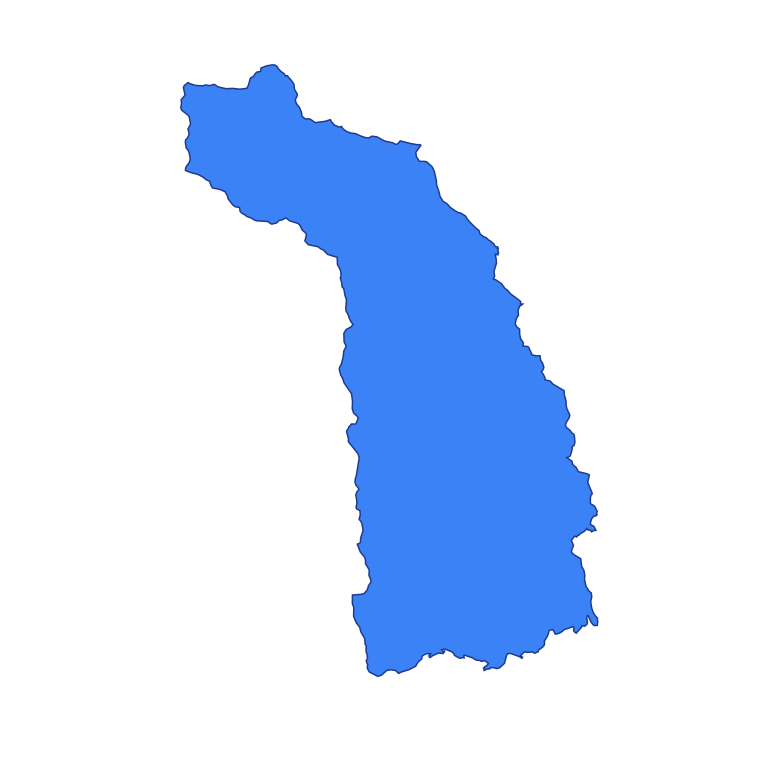 outline of Zemes, Bacau, Romania, rotated 13°
{"feature_id": "2599482B35780038076699", "entity_name": "Zemes", "entity_type": "district", "adm_level": 2, "iso_a3": "ROU", "parent_name": "Romania", "parent_adm1": "Bacau", "projection": "natural_earth1", "projection_center": [26.408, 46.58], "detail": "fine", "context": "isolated", "style": "filled", "palette": "blue", "viewbox_px": 768, "rotation_deg": 13, "n_neighbors": 0, "source": "geoboundaries", "source_scale": "gbopen_adm2", "svg_char_len": 6167}
<svg xmlns="http://www.w3.org/2000/svg" viewBox="0 0 768 768"><g transform="rotate(13 384 384)"><path d="M621.0,463.4L620.2,462.3L620.4,460.1L616.6,455.6L612.0,454.1L610.8,449.0L610.7,445.7L611.5,444.5L611.4,443.5L605.2,434.9L604.6,433.3L604.6,426.5L602.3,425.8L593.1,425.7L589.9,422.0L586.1,420.1L584.4,416.9L578.6,414.6L581.2,412.8L581.7,411.6L582.0,405.5L581.9,404.4L581.3,403.3L583.1,400.8L583.1,397.6L580.9,391.0L579.3,389.8L578.1,389.5L576.2,387.7L571.6,385.3L570.1,383.6L570.2,380.6L572.1,374.9L571.9,372.2L567.7,366.9L566.2,363.5L565.2,359.6L561.9,353.4L561.0,350.0L548.8,346.2L545.2,343.7L539.8,343.7L539.5,341.8L537.3,339.0L534.7,336.8L536.0,333.4L535.9,331.5L533.8,328.0L531.4,325.8L529.6,321.3L526.1,322.4L521.8,322.3L516.5,315.5L514.7,315.2L510.9,315.9L510.6,312.6L506.8,309.0L505.1,305.2L503.8,300.1L500.3,298.4L498.6,296.3L498.2,294.0L498.3,291.2L498.8,288.6L499.6,287.0L498.2,282.4L498.2,280.7L498.8,277.2L500.0,276.5L501.2,274.9L498.9,275.1L498.7,273.2L497.5,272.3L486.9,267.6L483.4,264.9L480.5,263.8L475.7,259.7L469.6,257.4L467.0,257.1L467.5,253.8L465.8,249.7L466.4,241.0L465.2,237.0L463.2,232.7L465.9,232.5L465.4,231.1L466.1,230.8L465.0,227.9L464.0,226.7L464.8,226.1L464.0,224.9L461.1,225.0L460.1,223.2L455.0,220.5L453.5,220.2L451.0,218.6L447.3,217.9L443.8,216.1L442.0,213.1L437.7,211.0L430.3,206.3L427.6,204.2L425.9,202.1L420.0,200.1L418.2,200.4L413.7,199.0L409.1,197.1L404.7,194.1L400.6,192.8L396.6,188.9L394.2,184.1L390.5,178.2L389.1,173.6L385.2,165.5L382.1,161.6L375.6,157.9L373.0,158.0L368.5,159.1L364.4,155.2L362.9,151.2L366.2,143.1L365.1,142.7L363.0,143.3L356.3,143.7L345.1,143.5L343.6,146.5L342.0,147.8L341.2,147.8L338.1,147.0L329.7,147.1L321.8,144.8L316.6,145.2L313.8,147.6L310.6,148.1L305.5,147.6L300.4,146.5L295.0,146.9L290.9,146.4L286.8,144.8L284.6,142.6L282.9,143.8L277.4,142.9L273.4,139.9L272.3,138.5L267.7,141.2L258.2,144.8L252.2,142.4L247.5,143.4L243.9,141.6L242.4,137.8L239.4,133.5L236.3,131.2L234.6,129.2L233.6,126.5L234.4,124.0L234.6,121.9L233.8,120.4L230.7,117.4L228.7,112.1L227.5,110.8L224.0,107.9L221.6,106.6L221.0,105.5L220.1,105.3L218.8,106.1L216.5,103.8L214.6,103.3L210.7,101.1L208.4,98.7L205.8,97.7L203.0,98.3L197.9,100.5L193.1,103.8L193.5,107.2L189.8,108.8L188.4,111.2L187.8,113.5L185.0,116.0L184.6,123.6L183.9,126.7L177.1,129.2L170.0,130.0L163.6,131.8L155.5,131.8L151.2,130.2L147.3,132.4L142.4,132.9L140.4,134.2L136.0,135.0L132.7,135.5L126.0,134.8L125.4,134.3L122.5,137.8L121.9,139.3L121.9,140.3L125.2,147.4L122.4,152.6L123.6,156.1L123.8,160.4L125.4,162.8L132.5,166.1L134.0,167.3L137.1,174.3L135.6,179.7L137.5,183.1L137.9,185.2L137.1,188.7L135.8,190.7L136.0,193.0L138.2,198.6L140.4,200.1L141.9,202.1L144.5,207.8L144.5,211.7L142.2,217.1L142.3,220.1L142.7,220.7L149.7,221.6L155.2,221.6L160.9,223.0L164.2,224.7L168.6,225.9L170.6,229.3L172.9,231.6L179.7,231.3L185.8,232.3L189.3,236.2L190.4,238.6L196.3,243.5L199.1,244.8L203.5,244.5L205.0,248.2L207.4,249.7L210.3,250.4L212.7,251.6L217.3,252.1L221.1,253.5L223.3,253.6L234.1,251.8L237.6,253.3L238.8,253.4L243.2,251.2L245.0,248.2L247.4,247.3L251.0,244.2L255.3,246.2L263.6,246.9L265.2,247.4L266.7,248.7L269.7,252.4L274.1,254.7L274.9,257.0L274.7,262.4L279.0,265.3L288.8,265.1L292.2,266.6L294.7,267.0L299.9,270.4L309.9,271.1L311.8,278.2L314.8,281.5L316.7,284.3L318.0,288.7L317.5,290.3L320.4,295.7L321.0,298.1L321.8,299.3L323.3,300.0L325.9,306.1L328.5,310.5L329.8,319.0L330.6,321.4L333.6,324.7L335.1,327.4L338.1,331.1L340.4,332.7L339.1,335.7L334.8,339.5L333.5,343.7L335.7,352.1L338.3,355.1L338.6,356.1L337.4,361.1L338.2,367.3L338.0,373.7L337.0,377.8L337.2,380.1L339.9,385.0L342.9,388.5L344.7,391.7L354.5,400.7L357.3,408.2L358.6,415.2L360.9,419.1L365.3,421.6L366.6,423.2L365.5,429.4L361.3,430.3L359.4,433.9L358.9,436.7L358.2,437.6L358.3,438.9L361.8,445.7L362.2,448.2L374.5,457.9L376.5,461.8L377.7,480.3L377.3,482.6L377.9,486.4L379.4,488.9L382.2,490.9L383.2,492.3L381.7,495.8L381.5,498.4L384.3,505.4L384.6,510.7L385.5,511.9L389.0,512.8L390.3,516.8L390.2,521.5L392.3,523.0L393.9,525.0L396.6,531.4L395.9,539.2L396.6,543.4L396.2,544.5L394.0,546.1L398.6,552.9L404.4,557.4L405.9,560.8L406.4,563.3L411.4,568.4L412.4,573.9L415.3,577.9L415.8,579.9L414.3,584.0L414.0,588.3L412.1,592.1L411.5,592.9L408.4,594.3L400.7,596.7L402.6,605.2L404.8,608.5L406.6,617.1L410.6,622.8L415.2,626.7L417.2,630.7L422.5,636.4L424.1,641.7L425.8,643.5L426.1,646.3L427.0,649.5L428.6,651.3L428.8,653.1L429.7,654.6L428.9,657.7L431.4,661.5L431.2,662.7L431.9,665.1L434.6,667.9L443.7,670.3L446.9,668.4L451.3,662.3L455.1,660.9L459.6,660.5L463.4,662.7L465.3,661.0L472.7,656.7L478.3,651.9L479.7,647.5L482.7,643.2L482.3,640.6L485.2,637.7L487.9,636.6L490.2,636.4L489.7,637.6L488.8,638.2L489.7,640.2L490.6,640.0L492.7,637.6L497.8,633.8L502.1,633.4L503.1,631.7L503.1,630.6L501.7,631.4L500.0,630.0L502.7,628.5L510.5,629.7L513.4,631.6L513.6,632.5L518.4,634.0L520.2,634.0L522.2,632.9L523.7,632.8L522.8,630.9L523.7,630.1L531.6,630.9L536.2,632.3L539.5,631.8L541.4,632.4L543.7,631.2L544.9,631.1L548.7,632.8L547.4,635.3L545.7,636.9L545.8,637.9L544.9,638.2L546.0,640.6L548.8,638.5L551.1,637.7L552.1,636.2L556.4,635.6L557.3,636.1L558.6,635.6L560.5,634.5L564.2,629.1L564.5,620.6L565.5,618.7L568.2,618.1L577.4,619.2L580.0,620.2L580.5,619.0L578.0,618.2L581.3,613.2L584.2,613.3L588.3,611.7L591.5,612.4L594.5,610.1L594.3,608.6L597.8,604.6L598.9,602.4L598.7,599.8L598.0,598.6L599.6,594.3L600.4,590.1L600.1,587.7L600.8,586.7L603.8,585.3L607.2,589.2L610.6,587.6L613.5,584.9L614.5,583.0L623.0,577.8L624.0,579.2L624.0,580.9L624.7,582.3L627.3,583.6L631.2,576.6L631.1,574.9L634.0,574.9L635.8,572.5L635.9,570.8L634.2,566.2L634.1,564.3L634.5,563.7L635.1,563.9L639.0,569.1L641.2,571.1L643.2,572.1L646.1,571.2L645.7,567.5L644.6,564.1L641.7,562.1L639.2,559.5L636.8,555.6L634.4,549.7L634.3,544.7L633.0,541.0L630.2,539.5L626.4,535.8L623.3,529.2L622.7,525.2L620.8,520.8L617.6,517.2L615.0,510.0L607.1,507.5L604.5,505.6L604.2,503.7L605.0,498.8L601.7,494.1L603.5,490.2L604.3,489.3L606.2,489.7L606.9,487.8L608.1,487.3L608.3,486.3L612.1,482.8L614.4,479.1L615.3,480.3L617.8,480.1L619.4,481.3L621.3,479.7L623.4,478.9L620.5,475.4L617.0,474.6L616.3,472.3L616.7,468.5L617.9,465.9L620.5,464.5L621.0,463.4Z" fill="#3b82f6" stroke="#1e3a8a" stroke-width="1.5"/></g></svg>